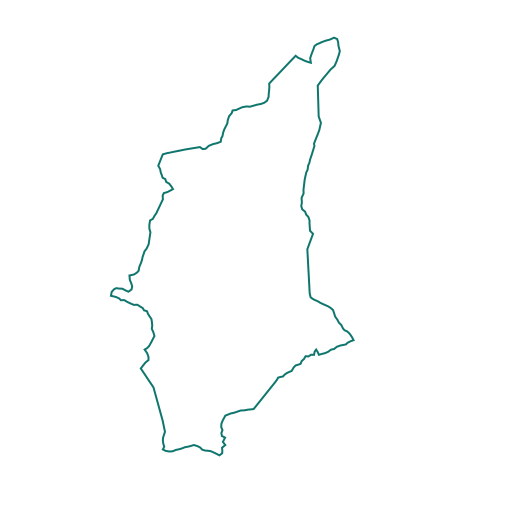 outline of Pedro Alexandre, Bahia, Brazil, rotated 243°
{"feature_id": "56859067B11615290861322", "entity_name": "Pedro Alexandre", "entity_type": "district", "adm_level": 2, "iso_a3": "BRA", "parent_name": "Brazil", "parent_adm1": "Bahia", "projection": "orthographic", "projection_center": [-37.944, -10.088], "detail": "fine", "context": "isolated", "style": "outline", "palette": "teal", "viewbox_px": 512, "rotation_deg": 243, "n_neighbors": 0, "source": "geoboundaries", "source_scale": "gbopen_adm2", "svg_char_len": 3485}
<svg xmlns="http://www.w3.org/2000/svg" viewBox="0 0 512 512"><g transform="rotate(243 256 256)"><path d="M208.1,102.3L185.4,105.0L151.8,98.1L140.7,95.1L138.7,93.1L136.4,90.8L134.2,89.4L131.0,88.2L127.8,87.7L125.9,85.2L123.3,87.1L121.1,90.1L119.8,93.2L119.6,96.6L118.8,99.4L118.2,102.4L117.9,105.8L117.0,108.8L116.4,111.3L115.8,114.8L113.2,117.5L110.7,119.3L107.8,120.2L105.8,122.3L104.5,124.4L102.9,126.8L100.8,128.6L97.5,131.1L95.0,132.9L95.6,136.3L97.6,137.5L100.6,138.7L101.5,142.8L105.4,142.1L108.2,146.0L111.1,143.9L114.0,144.8L116.1,147.1L119.2,147.3L122.1,148.9L124.6,151.7L126.2,154.1L127.7,156.2L127.4,159.2L127.2,161.9L126.3,165.2L125.9,167.9L125.3,172.2L123.7,175.7L122.8,178.9L121.6,182.0L120.7,184.4L134.6,215.2L136.1,218.3L137.6,220.5L137.1,223.0L136.4,225.3L137.3,227.7L137.7,230.3L137.6,232.8L137.4,235.6L139.6,239.0L140.5,241.7L140.0,244.2L139.7,246.8L141.7,249.1L142.4,251.9L144.2,254.7L142.7,257.1L143.0,260.3L141.6,262.8L144.2,264.9L145.3,267.1L142.1,267.4L139.4,267.2L138.9,270.0L138.1,273.4L137.9,276.9L138.5,280.3L137.7,283.4L138.4,286.9L138.0,290.3L137.1,293.5L136.4,295.8L137.1,298.2L137.1,301.7L136.7,304.7L139.7,304.7L142.1,304.5L145.2,303.9L147.7,302.8L149.6,301.2L151.9,300.6L155.8,300.7L159.0,299.6L162.1,299.6L166.3,299.0L169.2,299.6L172.9,300.1L175.9,298.9L178.4,297.4L182.3,294.2L185.0,292.1L187.6,290.5L190.0,288.5L192.0,287.1L194.4,285.9L198.4,286.9L238.7,304.8L249.9,316.9L254.0,315.6L261.0,318.6L263.2,319.8L267.1,320.4L270.0,319.5L273.2,319.9L276.5,318.4L280.0,319.0L282.7,321.1L287.1,323.0L290.1,326.8L293.5,328.4L302.3,334.3L307.7,338.8L309.4,341.1L313.0,343.6L314.6,345.7L317.3,347.9L321.0,351.7L327.4,357.9L329.9,358.8L337.0,366.9L339.5,369.6L345.2,374.3L351.9,375.2L379.8,388.4L382.8,394.3L383.8,396.5L388.3,407.1L389.7,412.3L391.8,414.9L393.5,416.9L395.6,419.0L397.9,421.4L400.5,423.7L403.7,424.4L406.2,425.0L409.3,426.3L412.5,426.8L415.1,424.6L415.3,420.0L416.2,415.9L416.7,411.7L416.8,409.0L417.0,406.1L416.5,403.4L414.0,400.9L411.2,397.7L407.7,394.1L403.3,392.6L405.2,390.5L408.0,387.9L410.8,385.8L413.3,383.7L416.4,382.2L403.7,346.1L400.1,344.4L397.0,342.5L394.8,341.0L392.1,339.5L389.4,336.4L388.8,333.0L389.2,329.5L390.3,325.8L391.3,320.8L391.8,318.3L393.5,315.6L394.8,311.4L395.0,307.6L395.1,304.6L396.3,301.2L394.3,299.2L392.8,295.5L389.7,292.4L387.2,290.7L385.3,288.1L383.1,285.1L381.0,282.9L378.0,280.5L376.7,278.5L373.8,276.4L374.2,272.6L375.2,268.6L375.6,263.9L374.4,259.8L375.5,257.0L378.5,255.5L383.0,241.4L388.0,223.5L388.9,219.1L380.8,209.9L376.9,210.0L373.4,209.0L370.9,208.8L368.1,208.3L365.7,210.1L362.8,209.6L359.9,211.5L356.2,212.2L353.3,212.4L353.2,209.7L353.2,206.0L353.9,202.4L352.1,200.2L348.8,198.8L341.3,189.1L339.3,186.5L337.8,183.7L335.9,180.9L335.8,177.8L332.3,175.2L328.8,173.4L325.1,172.7L315.1,165.6L312.2,161.8L310.8,158.8L308.2,156.2L306.5,154.4L304.2,152.6L301.9,150.2L299.3,147.1L296.2,144.8L295.3,142.5L294.9,139.0L296.1,134.4L291.9,132.7L288.6,132.5L285.1,131.9L282.7,129.9L282.1,126.2L284.2,124.4L287.6,122.0L289.2,119.1L290.8,116.9L290.8,114.3L289.5,111.1L286.4,108.7L283.1,112.6L280.3,114.8L277.9,115.6L276.5,118.6L273.6,120.4L270.1,123.1L267.9,125.0L266.4,128.2L263.6,129.8L261.1,131.4L258.4,131.6L256.3,133.8L253.4,133.5L250.3,133.8L247.3,134.2L244.5,133.3L241.2,132.0L238.4,130.1L234.5,129.9L230.8,129.2L228.9,126.5L226.8,123.6L224.3,119.9L223.3,117.1L223.2,114.3L218.8,114.9L215.0,114.4L212.1,113.0L211.3,109.2L209.5,105.2L208.1,102.3Z" fill="none" stroke="#0f766e" stroke-width="2"/></g></svg>